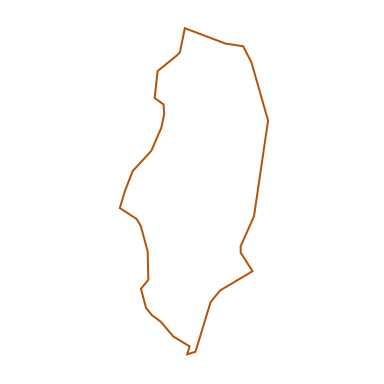 outline of Črna na Koroškem, rotated 277°
{"feature_id": "SVN-944", "entity_name": "Črna na Koroškem", "entity_type": "Municipality", "adm_level": 1, "iso_a3": "SVN", "parent_name": "Slovenia", "parent_adm1": "", "projection": "equal_earth", "projection_center": [14.808, 46.47], "detail": "fine", "context": "isolated", "style": "outline", "palette": "amber", "viewbox_px": 384, "rotation_deg": 277, "n_neighbors": 0, "source": "natural_earth", "source_scale": "10m", "svg_char_len": 574}
<svg xmlns="http://www.w3.org/2000/svg" viewBox="0 0 384 384"><g transform="rotate(277 192 192)"><path d="M99.5,159.4L127.8,155.2L152.2,145.2L158.4,140.4L167.3,122.3L185.2,125.4L205.6,130.6L227.9,146.6L252.0,153.7L266.0,154.9L275.4,153.1L280.7,143.5L307.8,143.1L326.1,160.7L329.2,163.0L353.7,164.9L343.4,207.0L342.9,225.0L327.7,235.3L272.2,258.8L175.5,256.5L144.1,246.9L137.8,247.7L120.8,261.7L97.7,231.9L85.0,223.9L33.9,214.9L30.3,207.1L38.5,208.4L46.4,190.9L59.3,177.0L64.8,167.3L71.4,160.5L89.7,153.1L99.5,159.4Z" fill="none" stroke="#b45309" stroke-width="2"/></g></svg>